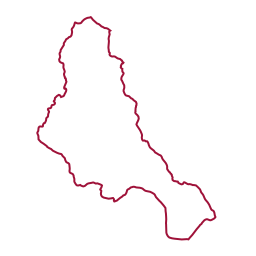 El Tambo, Cañar, Ecuador (Albers equal-area conic projection), rotated 92°
{"feature_id": "8360857B65217893137982", "entity_name": "El Tambo", "entity_type": "district", "adm_level": 2, "iso_a3": "ECU", "parent_name": "Ecuador", "parent_adm1": "Cañar", "projection": "albers", "projection_center": [-78.917, -2.482], "detail": "fine", "context": "isolated", "style": "outline", "palette": "rose", "viewbox_px": 256, "rotation_deg": 92, "n_neighbors": 0, "source": "geoboundaries", "source_scale": "gbopen_adm2", "svg_char_len": 5867}
<svg xmlns="http://www.w3.org/2000/svg" viewBox="0 0 256 256"><g transform="rotate(92 128 128)"><path d="M179.5,78.5L179.5,79.7L179.3,80.4L178.4,81.6L177.1,81.9L175.8,81.7L174.1,82.6L173.5,82.5L172.4,83.2L172.1,83.9L171.0,84.4L170.2,85.6L168.6,86.7L168.1,87.2L167.5,87.4L166.7,87.5L165.4,87.5L164.7,87.6L163.3,88.1L161.5,89.2L158.2,92.1L157.0,92.8L155.7,93.3L155.1,93.7L154.4,94.3L154.1,94.9L153.6,96.2L152.2,98.6L151.8,99.4L151.5,100.0L149.8,101.3L149.4,101.8L147.6,104.3L146.6,105.4L146.1,105.7L145.5,106.0L144.9,106.3L144.3,106.6L143.5,106.8L141.6,107.6L141.1,108.0L140.6,108.5L140.7,109.8L140.3,110.3L139.9,111.0L140.1,112.6L139.2,113.4L138.6,113.6L137.2,113.9L135.1,113.7L133.9,113.9L130.8,115.3L129.3,116.2L125.1,119.2L124.0,119.7L122.3,119.1L120.3,118.2L119.1,117.8L118.1,117.6L116.2,118.0L114.8,119.1L113.2,120.9L112.5,121.2L111.9,121.3L111.0,121.0L110.1,121.2L109.0,121.1L107.7,121.1L106.6,120.7L105.8,120.8L104.7,120.3L103.9,120.4L103.2,120.3L101.6,121.0L99.9,123.5L98.9,124.4L98.5,125.1L98.3,125.8L97.5,126.7L96.5,127.8L96.2,128.2L95.7,130.6L95.4,131.4L94.6,132.1L93.4,132.8L91.3,133.7L90.1,133.7L89.2,133.4L87.9,133.1L86.2,133.2L85.4,133.3L84.1,134.1L81.0,135.6L80.1,136.3L79.6,136.4L78.7,136.4L77.5,136.2L76.6,135.8L74.7,134.7L74.0,134.4L73.7,134.3L73.2,134.4L72.8,134.7L72.2,135.3L71.7,135.6L69.7,135.8L69.1,135.7L68.9,136.1L68.5,136.7L67.8,137.3L67.6,137.4L66.8,137.1L66.6,137.1L66.2,137.3L65.6,137.0L65.0,136.9L64.1,136.4L63.7,135.5L63.2,135.0L62.8,134.8L61.8,136.1L61.1,136.2L60.8,136.4L60.2,137.3L59.4,138.2L58.8,140.8L57.1,143.5L56.9,144.7L57.1,145.9L57.0,146.9L56.7,147.6L56.1,148.5L55.7,148.8L55.3,149.0L53.7,148.8L53.3,149.0L52.8,149.6L52.4,149.8L50.4,150.0L49.7,150.2L48.1,150.4L42.3,150.1L41.0,150.2L39.7,150.5L37.7,150.3L37.1,150.1L35.0,149.6L32.8,150.1L32.4,150.1L31.8,149.8L31.3,149.1L29.5,151.6L29.2,152.4L29.0,153.1L28.9,154.9L27.9,156.7L27.4,158.1L26.3,159.3L25.4,160.5L25.1,161.0L24.6,162.6L21.0,166.9L19.6,168.0L18.5,169.1L18.9,170.0L19.3,172.2L19.7,173.2L20.7,175.0L21.4,175.9L23.2,177.6L24.2,178.2L24.8,178.9L25.0,179.4L25.0,179.9L25.2,180.6L25.2,181.9L25.0,182.8L24.5,184.0L24.4,184.5L24.8,184.8L27.2,185.4L28.5,185.9L29.6,186.6L30.7,187.5L31.7,187.7L32.9,187.4L34.0,187.2L35.6,187.4L37.3,187.7L38.5,188.5L38.9,189.1L39.2,190.1L40.5,191.3L41.5,192.9L43.3,193.7L44.5,194.5L45.6,195.1L47.3,195.0L47.6,195.2L52.4,198.0L54.1,198.1L55.3,198.8L56.2,199.0L57.2,198.8L58.5,198.4L59.3,198.3L60.2,198.5L61.8,199.2L63.5,198.9L64.3,198.3L64.8,197.6L65.7,195.1L66.6,194.7L67.9,194.6L69.0,194.7L70.1,194.6L72.5,193.6L73.8,193.2L74.9,193.4L75.9,193.8L76.8,193.8L78.3,193.4L79.1,192.9L79.8,192.9L80.5,192.6L80.6,192.0L81.2,191.8L82.9,191.6L83.6,191.2L84.1,191.2L88.6,192.9L89.4,193.2L90.2,193.2L90.6,193.1L91.0,192.8L91.0,192.4L90.7,191.8L90.9,191.5L91.6,191.1L92.3,191.0L93.5,191.2L94.9,191.8L95.8,192.3L97.6,193.0L98.4,193.6L99.4,196.0L97.9,196.9L97.5,197.6L97.3,198.3L98.5,200.1L99.7,201.2L100.5,202.0L101.1,202.1L102.5,202.2L103.0,202.5L103.5,203.0L104.0,203.1L104.9,202.2L105.4,201.9L106.1,201.9L106.6,202.1L107.1,202.6L107.5,203.5L107.8,204.8L108.2,205.1L109.9,205.4L110.6,205.8L110.9,206.3L111.1,207.6L111.5,208.5L112.1,208.7L113.2,208.3L114.2,207.5L114.9,207.5L116.0,208.0L117.5,208.3L118.9,208.3L119.8,208.7L120.3,209.4L120.9,209.9L121.7,210.1L122.6,210.1L123.4,210.2L124.9,210.8L126.0,211.4L126.2,212.3L127.3,212.9L128.3,213.1L129.1,213.1L129.5,213.4L129.6,214.1L129.5,215.6L129.6,216.1L129.7,216.5L130.5,217.2L131.3,217.4L134.1,217.6L135.2,218.2L136.1,218.5L136.8,218.3L137.6,217.9L139.0,217.3L142.5,217.0L143.7,215.9L144.4,215.1L144.9,214.8L145.0,214.6L146.6,211.9L148.8,208.7L149.2,208.3L149.7,208.1L150.9,206.0L151.7,204.1L153.3,202.3L155.2,198.2L156.0,195.9L156.3,194.1L156.5,193.6L156.8,193.3L158.1,192.5L159.9,190.6L160.4,190.1L162.4,189.5L163.9,188.7L164.4,188.2L165.2,186.4L165.7,185.8L166.1,185.5L167.0,185.3L169.8,184.9L171.0,184.8L173.0,185.0L173.9,184.8L174.4,184.6L174.9,184.0L175.8,181.9L176.1,181.5L176.7,181.1L177.5,180.7L178.5,180.6L180.5,179.9L181.6,179.8L183.0,179.8L183.5,179.7L184.2,179.4L186.1,178.1L186.7,177.6L187.1,177.0L187.2,176.4L187.2,175.7L186.6,173.7L187.0,173.3L187.5,172.1L187.8,171.3L187.9,170.4L187.3,169.0L185.2,166.7L184.7,165.4L184.1,162.6L183.7,161.2L183.7,160.5L184.6,158.4L184.6,158.0L184.4,156.6L185.2,154.2L185.8,152.7L186.1,152.2L186.4,152.0L188.3,152.5L190.1,153.5L190.5,153.6L190.9,153.3L191.5,152.6L191.8,152.5L194.6,152.8L196.0,152.5L197.2,151.8L197.7,151.2L198.4,149.8L199.3,145.1L199.3,144.5L199.1,143.7L199.0,142.6L198.6,141.2L198.5,140.5L199.4,139.7L199.9,139.5L201.1,139.6L201.4,139.5L201.9,139.1L201.8,138.6L201.2,137.5L201.1,136.8L198.2,133.5L196.7,131.4L195.5,130.3L195.1,129.1L194.8,128.6L194.4,128.2L193.2,127.6L192.7,127.3L190.2,126.7L189.8,126.4L189.4,126.0L188.8,124.8L187.3,123.1L187.0,122.0L186.6,120.9L186.5,120.0L186.7,118.9L187.1,117.7L187.3,114.1L187.7,112.3L188.1,111.3L189.3,109.8L189.9,108.9L190.3,107.8L191.0,103.6L191.8,101.8L192.9,99.8L193.6,99.0L196.1,97.6L199.8,94.0L200.8,92.8L202.2,91.5L204.3,89.6L206.6,87.8L209.9,87.5L212.2,87.1L215.3,86.8L217.9,86.6L221.9,86.7L223.5,86.5L224.0,86.5L231.3,86.0L232.6,85.6L233.9,84.9L234.9,84.2L236.0,82.9L236.7,80.2L237.0,77.7L237.5,70.4L237.0,65.2L237.1,64.2L237.2,63.7L235.7,62.6L232.6,60.0L226.8,55.9L223.4,53.2L222.3,52.5L221.4,51.3L220.1,50.6L217.6,48.5L217.1,47.8L216.6,46.8L216.4,45.9L216.5,45.4L217.3,43.0L217.3,42.1L216.7,40.8L215.5,38.8L214.8,38.1L213.9,37.5L212.6,38.1L209.5,38.8L208.2,39.4L207.8,39.8L207.0,41.4L206.5,41.9L205.4,42.5L201.8,44.2L199.5,45.8L197.1,48.0L196.1,48.7L192.5,50.4L191.5,51.1L189.8,52.6L187.2,53.7L186.5,54.2L184.3,56.5L183.0,58.1L182.7,60.3L182.8,61.1L182.1,63.3L181.9,64.8L182.1,65.7L181.9,66.5L180.4,69.4L180.3,70.0L180.5,70.4L182.0,71.2L182.4,72.2L182.4,72.7L181.8,74.3L181.1,75.7L180.4,76.0L179.8,76.4L179.8,77.8L179.5,78.5Z" fill="none" stroke="#9f1239" stroke-width="2"/></g></svg>